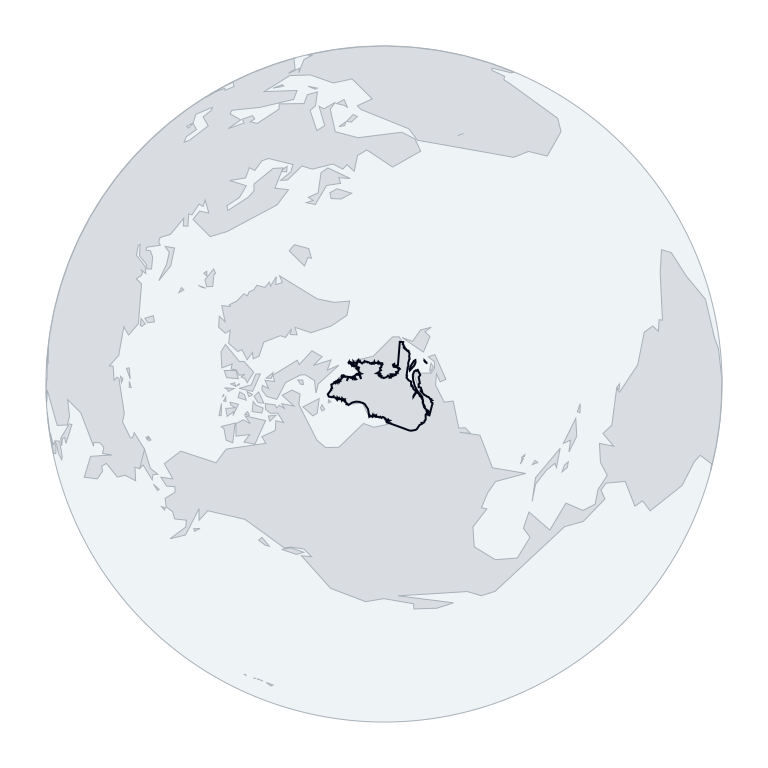 globe centered on Québec, rotated 282°
{"feature_id": "CAN-683", "entity_name": "Québec", "entity_type": "Province", "adm_level": 1, "iso_a3": "CAN", "parent_name": "Canada", "parent_adm1": "", "projection": "orthographic", "projection_center": [-69.443, 53.796], "detail": "fine", "context": "on_globe", "style": "outline", "palette": "ink", "viewbox_px": 768, "rotation_deg": 282, "n_neighbors": 0, "source": "natural_earth", "source_scale": "10m", "svg_char_len": 16198}
<svg xmlns="http://www.w3.org/2000/svg" viewBox="0 0 768 768"><g transform="rotate(282 384 384)"><circle cx="384" cy="384" r="338" fill="#eef3f6" stroke="#a8b0b8"/><path d="M366.6,721.5L374.1,721.0L380.0,708.1L372.6,703.7L346.6,696.6L315.3,670.7L323.5,661.2L316.7,654.8L338.9,640.2L333.2,621.8L325.4,618.2L317.5,624.0L291.0,607.5L282.1,590.4L204.3,535.8L197.1,523.1L198.3,508.6L179.7,441.7L184.4,497.5L175.7,482.4L170.2,460.0L175.2,458.7L174.0,428.5L167.3,411.3L173.0,374.3L198.9,338.9L199.9,349.1L206.0,340.0L205.1,326.9L203.0,320.5L222.7,276.2L223.4,238.0L212.3,231.4L223.6,229.0L195.0,221.2L188.2,206.9L202.9,219.9L209.7,219.0L208.5,207.3L215.2,203.8L218.5,196.5L226.7,193.7L234.7,202.2L240.1,200.7L238.9,192.6L246.4,185.2L247.3,197.2L260.4,185.7L276.1,199.2L272.0,236.1L287.5,243.2L301.4,280.7L307.1,275.5L315.9,287.3L325.6,285.9L325.4,293.9L333.4,286.0L331.7,279.1L334.6,273.4L340.2,272.1L341.0,281.8L338.3,283.9L341.4,286.1L339.3,291.7L343.5,288.2L343.7,300.6L351.8,286.7L358.9,295.2L356.8,303.9L346.2,305.0L315.1,330.0L309.7,340.2L312.7,353.0L341.1,372.1L339.6,383.1L345.5,396.4L351.3,389.2L348.8,376.3L361.0,366.7L356.4,352.7L360.7,347.0L360.4,332.5L372.0,332.8L383.6,341.3L384.5,353.6L389.6,357.9L398.2,345.0L408.9,367.7L431.8,382.5L433.3,388.9L419.3,402.6L395.5,404.8L377.3,425.0L400.9,410.4L404.3,427.7L409.8,430.2L416.4,428.7L419.7,421.7L423.4,427.6L401.4,443.6L397.8,438.5L404.8,433.2L393.6,434.7L378.8,446.7L381.7,455.2L356.4,466.3L358.1,472.7L353.6,479.0L352.5,467.9L353.9,488.5L324.6,507.5L326.0,541.2L311.8,513.4L299.0,508.0L283.3,505.0L283.2,510.6L262.7,500.7L243.5,506.1L235.3,529.4L241.5,550.6L264.4,558.7L271.8,550.4L288.9,552.4L275.6,576.6L305.3,586.7L301.7,604.8L310.3,615.5L325.4,615.3L341.0,621.4L352.4,612.0L370.7,607.1L370.9,621.6L381.1,608.5L391.2,615.4L427.7,612.5L424.9,616.1L455.6,628.2L488.8,627.8L496.6,634.9L492.6,641.4L504.1,639.7L504.3,643.1L550.0,631.1L573.1,627.5L572.2,637.7L552.4,657.3L533.6,680.9L497.8,697.7L488.1,703.8L459.2,713.4L437.6,717.5L440.8,717.1L416.2,720.4L391.4,721.8L366.6,721.5ZM65.0,336.2L67.6,330.8L66.5,338.1L65.0,336.2ZM68.9,325.0L68.1,327.4L68.7,324.9L68.9,325.0ZM69.2,321.5L69.0,324.0L68.9,321.6L69.2,321.5ZM69.3,317.3L69.4,319.4L69.2,319.3L69.3,317.3ZM323.8,551.7L357.8,569.7L338.1,570.0L341.9,567.7L333.4,560.7L317.3,553.0L300.0,553.3L323.8,551.7ZM70.4,309.5L70.8,307.4L71.2,308.9L70.4,309.5ZM340.0,535.9L334.0,534.1L339.9,534.6L340.0,535.9ZM201.0,318.4L204.4,327.1L202.7,340.5L199.1,333.6L201.0,318.4ZM205.2,293.9L208.6,296.5L201.5,305.5L201.7,301.1L205.2,293.9ZM202.9,227.9L204.4,234.1L200.6,229.4L202.9,227.9ZM217.5,196.0L215.0,195.4L217.8,191.9L217.5,196.0ZM354.0,333.4L357.1,333.0L355.5,335.9L354.0,333.4ZM350.9,327.6L346.8,331.3L344.7,329.1L347.3,326.9L350.9,327.6ZM232.8,184.5L238.1,179.3L234.1,186.0L232.8,184.5ZM356.3,323.6L341.6,324.8L338.0,321.0L344.7,309.5L356.3,323.6ZM242.1,177.2L254.8,165.1L250.2,162.6L270.4,163.3L252.9,173.1L248.7,181.5L247.2,176.8L242.1,177.2ZM328.7,277.5L330.8,284.8L323.9,280.0L328.7,277.5ZM323.6,275.8L298.3,270.2L298.1,259.1L306.6,263.0L302.2,250.1L314.5,247.4L319.7,253.9L317.4,261.5L323.9,254.8L323.6,275.8ZM279.6,166.0L283.8,164.5L280.9,167.7L279.6,166.0ZM335.3,270.8L330.2,270.5L329.6,260.8L339.7,259.7L336.7,263.2L335.3,270.8ZM295.0,248.3L296.3,241.2L306.7,236.9L308.6,233.7L314.8,246.5L295.0,248.3ZM339.6,264.7L344.9,259.5L350.2,263.0L340.2,270.5L339.6,264.7ZM325.2,258.8L325.4,254.2L328.6,256.4L325.2,258.8ZM372.2,273.2L366.1,272.6L365.3,267.5L372.2,273.2ZM346.5,257.4L344.6,256.2L343.6,254.2L348.1,251.7L346.5,257.4ZM321.7,242.8L325.7,242.7L319.7,237.3L327.2,234.3L329.9,243.5L331.9,238.2L334.2,237.3L333.9,245.9L321.7,242.8ZM349.6,243.2L355.6,254.4L367.1,256.5L368.1,261.0L349.5,257.0L349.6,243.2ZM340.4,244.0L346.3,244.5L344.6,249.7L339.5,252.6L340.4,244.0ZM331.3,229.0L319.1,231.3L318.9,229.2L331.3,229.0ZM353.2,242.7L351.7,240.1L354.2,242.3L353.2,242.7ZM338.4,231.9L334.1,233.0L334.0,230.6L338.4,231.9ZM352.2,234.1L354.1,237.6L350.8,239.6L352.2,234.1ZM346.2,232.3L347.1,228.8L348.4,238.2L344.3,233.1L346.2,232.3ZM339.1,229.6L337.6,228.5L340.9,229.5L339.1,229.6ZM364.0,224.9L366.4,236.3L358.9,240.5L357.5,228.8L364.0,224.9ZM307.6,54.8L308.1,54.9L319.0,52.8L317.6,53.6L336.1,50.0L334.9,51.1L349.9,48.3L345.0,48.5L329.1,50.7L337.8,49.2L362.6,46.8L387.5,46.1L412.4,47.3L437.1,50.3L461.6,55.1L485.6,61.7L509.1,70.1L531.9,80.1L553.8,91.9L574.9,105.2L594.9,120.0L613.8,136.2L627.6,150.0L627.5,150.5L634.3,158.0L640.2,166.7L638.2,167.4L643.8,175.5L647.9,173.6L641.3,165.2L629.5,152.4L632.4,154.9L630.9,153.3L646.5,171.2L660.7,190.1L673.6,209.9L685.1,230.6L683.8,228.2L673.3,231.6L669.3,227.0L668.9,226.8L668.3,226.6L675.2,235.5L670.8,236.0L684.7,238.2L690.4,245.1L689.8,240.2L700.1,264.6L708.5,289.7L714.9,315.3L719.2,341.4L721.5,367.8L721.8,394.2L719.9,420.6L716.0,446.8L714.8,443.4L715.5,424.1L713.3,424.2L710.0,438.0L706.5,438.0L703.7,445.4L680.0,498.7L667.7,504.7L640.9,496.3L641.5,476.9L632.7,463.7L629.4,366.0L638.8,355.2L647.7,304.4L650.6,300.0L660.4,313.2L675.8,289.4L667.9,271.8L671.0,247.6L666.1,227.8L645.1,206.0L653.0,237.9L643.6,236.5L628.7,205.0L620.2,178.5L616.2,177.2L612.6,189.0L601.4,178.5L610.2,192.9L613.5,190.3L619.1,199.5L616.5,202.5L612.6,198.5L612.6,205.9L630.9,224.1L636.2,223.4L641.7,247.5L651.0,248.9L655.8,258.1L641.9,259.2L636.2,254.8L617.9,265.6L624.4,272.3L642.1,262.8L640.6,267.9L649.5,277.9L641.6,274.3L620.6,283.9L619.5,307.4L634.0,349.2L630.0,363.4L619.4,371.5L598.0,347.3L609.4,318.6L602.0,310.6L585.9,310.6L590.8,302.2L585.6,299.0L588.6,288.4L579.2,269.1L580.2,258.4L563.5,247.2L561.7,240.5L572.1,248.8L579.8,249.3L580.6,224.1L576.9,218.2L566.0,213.2L567.6,207.3L556.9,205.8L550.9,190.8L549.3,208.1L536.4,203.8L525.7,193.3L521.2,195.2L538.6,212.5L545.8,216.7L552.5,215.2L571.8,230.7L574.4,240.3L552.9,236.6L554.2,250.2L537.0,242.2L500.6,198.9L492.0,183.4L505.3,163.0L514.8,167.7L514.8,177.1L526.8,170.8L520.1,170.1L521.4,165.6L509.5,161.0L509.8,157.6L497.7,159.4L496.8,154.8L504.5,153.7L486.0,144.0L480.7,134.5L476.3,134.1L473.2,136.3L468.4,123.3L465.4,123.5L465.8,127.8L460.1,131.3L448.2,132.7L447.2,128.1L451.4,127.0L458.6,118.2L469.9,116.4L468.3,114.8L458.3,115.2L449.4,125.9L442.5,128.1L445.4,122.2L443.8,124.5L440.0,124.2L435.4,119.8L431.6,126.0L391.8,131.2L378.8,123.9L385.9,117.6L357.0,118.6L344.6,111.6L345.1,115.4L331.5,119.2L335.1,121.4L334.3,123.6L301.1,136.1L292.6,136.1L278.7,147.0L278.9,149.2L284.5,149.8L270.4,163.3L250.2,162.6L250.8,157.7L237.7,161.2L240.9,149.8L237.5,142.5L248.6,129.0L244.9,124.9L240.2,126.8L231.6,123.2L230.5,110.2L252.2,112.0L258.1,132.8L257.5,123.2L263.8,123.1L267.4,118.4L266.5,112.2L262.6,112.9L292.8,93.4L302.9,77.8L287.1,83.1L278.0,82.8L275.6,72.9L308.1,55.9L296.3,57.9L296.1,57.7L299.5,56.8L307.6,54.8ZM642.3,404.4L645.2,409.2L645.2,409.3L642.3,404.4ZM619.0,158.7L608.8,143.9L599.8,143.0L595.1,137.5L593.8,139.5L599.2,143.1L594.0,147.7L584.6,139.1L578.9,138.2L582.1,143.2L600.0,158.4L607.7,151.5L615.8,158.2L619.0,158.7ZM428.8,612.2L433.2,614.4L427.4,615.2L428.8,612.2ZM335.1,576.4L342.4,577.5L346.2,580.4L340.5,580.7L335.1,576.4ZM397.1,578.9L405.6,580.0L396.7,581.7L397.1,578.9ZM363.2,571.8L390.3,578.7L373.0,583.4L356.0,579.0L367.8,578.1L363.2,571.8ZM336.1,545.9L340.6,547.7L339.1,550.8L336.1,545.9ZM344.3,536.4L342.5,536.5L340.3,533.6L344.3,536.4ZM405.5,426.7L407.4,425.7L414.1,425.7L410.9,428.8L405.5,426.7ZM444.4,408.4L449.4,418.4L443.6,413.2L440.0,419.1L423.4,415.9L433.2,392.0L431.7,403.2L444.4,408.4ZM404.0,405.9L413.4,410.1L402.7,406.5L404.0,405.9ZM554.4,293.7L559.8,291.3L565.2,297.5L563.9,312.7L556.1,303.7L554.4,293.7ZM566.2,286.5L545.3,279.5L545.2,270.3L548.8,276.5L550.9,271.1L557.2,279.8L577.6,278.5L583.7,284.1L578.0,308.2L576.5,297.0L571.3,299.9L566.2,286.5ZM491.9,283.3L482.9,281.7L494.5,263.6L501.6,267.3L500.8,282.3L491.9,286.8L491.9,283.3ZM371.0,303.7L366.7,305.3L366.5,302.5L370.0,298.8L371.0,303.7ZM369.4,273.4L389.2,294.2L385.4,297.0L401.5,306.7L397.8,317.8L387.4,311.0L396.6,327.2L385.7,325.6L393.1,336.0L370.4,319.7L361.0,319.3L372.9,315.4L376.7,305.0L375.5,300.5L365.0,287.5L346.7,282.3L347.5,271.7L352.9,265.7L357.4,265.3L355.5,272.1L362.9,266.8L363.6,276.5L369.4,273.4ZM416.1,208.8L411.9,215.6L427.0,209.0L427.8,217.6L429.5,216.3L434.3,222.6L443.1,228.2L441.9,232.2L445.8,232.7L449.1,237.1L454.1,239.2L453.7,247.3L459.8,250.7L456.1,252.7L466.7,256.4L458.6,257.4L462.1,263.5L468.1,259.4L453.4,300.9L453.5,318.5L458.0,333.1L443.5,333.5L429.9,320.5L419.0,301.9L420.9,285.2L414.0,288.8L412.9,282.0L418.8,282.0L409.0,278.0L409.7,272.5L399.9,257.7L385.3,256.0L381.4,250.8L387.5,248.8L379.3,245.1L388.0,237.9L385.4,234.2L391.5,223.6L404.7,222.4L400.7,218.3L405.1,210.5L416.1,208.8ZM366.0,222.0L381.6,217.9L389.7,220.7L375.9,237.9L377.0,242.3L368.4,254.1L356.9,249.9L360.4,246.8L361.2,242.9L364.5,245.8L362.4,240.6L367.1,236.4L366.8,231.3L372.0,231.3L366.0,222.0ZM647.2,290.6L648.3,286.5L648.4,279.3L654.0,285.8L647.2,290.6ZM633.3,297.4L633.2,292.9L641.2,297.8L640.1,302.3L633.3,297.4ZM626.4,286.5L632.6,292.2L628.6,291.8L626.4,286.5ZM571.3,244.7L570.5,240.0L573.1,240.4L576.7,244.0L571.3,244.7ZM461.0,193.4L457.3,196.3L455.4,194.9L443.8,196.2L442.3,190.3L448.7,187.2L461.0,193.4ZM650.3,213.9L655.7,222.4L654.7,224.0L653.1,220.7L650.3,213.9ZM658.0,255.4L659.5,247.7L659.5,257.2L658.0,255.4ZM457.4,187.2L452.8,188.3L454.9,184.7L457.4,187.2ZM440.6,186.1L441.9,181.8L440.7,189.8L440.6,186.1ZM438.2,142.2L456.1,146.5L468.0,146.6L473.1,141.4L473.5,150.9L455.2,150.8L438.2,142.2ZM397.6,132.8L393.2,138.0L390.0,135.1L390.5,133.5L397.6,132.8ZM398.6,136.4L402.8,144.1L397.0,146.6L394.8,140.0L398.6,136.4ZM430.8,164.4L436.2,165.9L434.4,168.7L430.8,164.4ZM276.8,63.5L269.9,65.9L270.2,65.8L276.8,63.5ZM286.3,60.5L280.6,62.4L267.2,67.1L265.5,68.4L255.8,72.9L258.3,73.6L254.1,76.3L247.8,77.4L247.1,75.4L268.5,66.5L279.4,62.7L286.3,60.5ZM259.9,73.8L260.7,78.5L246.3,84.3L242.9,84.5L248.6,79.8L255.8,77.0L259.9,73.8ZM256.6,81.5L263.7,79.1L279.6,84.5L279.4,87.2L259.7,85.2L265.2,82.9L263.9,80.9L256.6,81.5ZM282.4,162.3L283.7,164.3L280.1,164.0L282.4,162.3ZM336.7,124.7L334.9,127.6L330.8,126.9L336.7,124.7ZM327.8,135.5L333.7,134.3L327.9,137.5L327.8,135.5ZM346.8,131.4L336.2,134.7L345.8,128.8L346.8,131.4Z" fill="#d9dde1" stroke="#a8b0b8" stroke-width="1"/><path d="M346.7,398.2L347.3,399.5L346.8,398.0L347.1,394.6L348.3,394.2L348.1,394.9L349.0,395.4L349.0,396.8L349.4,397.2L349.4,395.8L350.2,395.4L349.1,393.6L349.9,393.3L349.8,392.6L351.0,391.8L351.3,391.0L351.8,391.1L351.3,390.9L351.5,389.7L350.7,389.0L351.0,388.9L350.6,387.9L351.2,387.2L350.3,386.3L350.8,384.9L350.2,383.4L350.9,383.1L350.3,382.2L350.7,381.5L351.2,381.7L350.5,380.7L351.1,380.5L350.1,379.9L351.0,379.5L349.9,379.3L350.3,378.9L349.7,378.5L349.4,377.0L349.7,376.9L349.0,376.4L356.1,373.6L360.2,369.5L361.0,367.4L361.4,363.3L360.8,359.9L359.1,356.6L356.1,353.7L356.5,353.3L356.4,351.8L357.1,352.1L357.9,350.5L359.4,349.6L358.7,349.4L359.3,348.7L359.3,347.7L359.9,347.9L360.2,348.6L360.6,348.7L360.0,347.6L360.8,347.4L360.5,346.6L361.3,345.9L360.0,345.7L360.7,345.4L359.9,343.7L361.0,343.0L359.8,342.3L360.9,341.2L358.9,341.3L360.6,339.1L360.6,337.6L361.5,337.2L360.2,336.0L360.2,332.6L362.3,331.1L367.2,333.5L366.3,334.0L367.9,333.3L369.9,334.6L369.4,334.0L372.5,332.6L374.3,334.8L375.2,334.9L375.2,335.7L374.7,336.5L375.2,336.7L375.2,335.9L376.3,336.3L376.5,336.8L376.2,337.1L376.9,337.5L376.6,337.9L376.2,337.9L376.0,338.1L376.9,338.0L377.0,337.3L378.0,337.9L377.1,339.0L378.0,339.1L377.3,339.4L377.7,339.6L377.5,339.8L377.9,340.6L378.2,340.2L380.9,341.5L382.0,341.1L382.0,342.3L382.6,342.7L383.4,342.3L383.4,341.2L383.7,341.2L384.2,342.8L383.2,343.5L383.4,344.2L382.9,344.4L383.5,346.2L383.5,347.0L382.9,347.1L382.9,347.5L379.3,347.0L383.1,347.7L383.6,348.3L383.4,349.2L383.8,349.5L383.1,350.3L383.4,351.1L383.1,351.5L384.1,351.2L384.6,351.9L383.7,352.4L384.3,352.8L383.8,352.9L384.0,354.0L383.3,354.6L382.7,353.0L382.9,354.4L381.5,354.7L382.5,354.6L382.9,355.7L384.2,354.1L386.0,353.8L387.2,354.4L387.4,355.7L387.9,356.0L387.4,358.5L385.5,359.5L384.2,360.6L387.2,359.0L387.5,358.5L387.9,356.3L388.4,355.8L388.9,357.4L388.1,358.7L388.9,357.8L389.3,356.4L389.6,357.8L389.3,359.4L389.4,359.6L389.8,357.8L391.7,356.2L392.7,356.1L392.7,355.1L393.3,354.0L394.7,355.3L394.5,357.0L395.1,355.5L394.2,354.4L395.1,353.9L394.5,353.6L396.5,352.7L395.3,352.1L395.2,351.5L395.9,351.5L395.7,350.8L396.3,351.3L395.6,350.1L397.4,350.7L396.1,350.0L395.6,348.7L396.2,348.0L396.9,348.4L397.2,348.4L396.5,347.8L397.4,345.9L397.1,345.5L397.4,344.9L398.3,345.2L397.4,345.5L398.2,346.3L397.4,346.8L398.1,347.5L397.5,349.4L398.2,350.2L399.2,349.8L398.8,350.3L398.8,351.7L399.6,352.7L398.2,352.5L397.9,353.3L399.6,353.5L400.2,354.2L401.3,353.4L402.2,354.0L400.5,354.7L400.5,355.4L401.3,355.8L400.3,356.6L399.6,358.2L400.3,358.4L400.9,359.9L402.4,360.2L401.9,361.1L402.2,362.1L401.8,362.9L402.2,363.0L401.9,365.1L401.2,366.2L402.1,367.7L401.2,367.9L401.5,368.8L402.2,369.0L401.9,369.9L403.7,370.0L402.5,370.8L403.2,372.4L402.9,373.4L404.4,373.7L403.4,374.5L404.2,374.6L403.7,375.4L403.8,376.7L403.0,376.5L402.8,377.5L403.5,378.2L402.9,378.5L401.2,377.5L399.9,377.9L398.7,376.7L396.8,378.2L396.2,377.1L394.8,376.7L393.0,374.7L393.2,377.1L393.6,377.9L393.3,378.3L390.8,376.4L392.0,378.6L391.5,379.8L390.6,379.2L390.6,379.8L389.8,380.2L390.2,381.6L389.7,382.5L391.4,385.2L393.0,386.1L392.6,386.5L392.7,388.1L391.3,388.0L391.6,389.4L392.5,389.3L393.2,390.5L394.0,388.9L394.9,388.4L395.3,390.7L394.9,390.5L395.1,392.2L394.7,392.4L395.1,393.5L395.5,393.4L395.4,392.5L396.5,393.9L397.7,393.6L397.7,394.3L398.3,393.6L399.0,395.2L401.0,395.4L402.0,396.4L402.8,395.4L402.4,394.1L403.1,393.1L402.8,389.9L404.7,388.7L405.7,389.8L403.9,390.2L403.2,391.1L404.5,391.9L405.0,393.4L404.4,393.4L404.7,393.8L428.5,390.7L429.0,394.1L426.9,394.1L425.8,395.3L423.7,395.8L423.8,396.6L422.5,397.6L422.7,399.0L422.3,398.3L421.3,399.8L421.4,400.5L419.0,402.8L416.5,402.8L413.1,404.2L413.6,403.6L409.3,403.3L406.7,404.1L405.2,403.7L397.1,404.3L396.7,404.9L395.2,404.6L394.9,405.0L395.4,405.2L394.6,405.1L392.8,407.2L391.9,410.1L389.3,410.5L388.1,411.8L387.9,411.9L388.1,411.5L388.0,411.1L387.8,411.1L387.1,412.7L385.5,413.6L383.1,417.2L380.4,415.9L378.0,415.3L377.6,415.4L382.8,417.4L382.1,419.4L380.8,421.1L379.8,421.4L378.8,423.4L377.9,423.8L376.3,425.4L374.1,425.6L369.5,428.2L369.4,428.8L368.8,429.0L367.7,430.8L366.2,431.2L365.3,432.2L363.6,431.7L365.3,433.0L364.5,433.2L363.7,433.7L363.1,433.1L363.6,431.6L362.6,431.1L357.8,432.2L356.4,431.3L355.5,431.5L354.3,430.8L353.8,428.9L352.9,429.4L351.3,427.3L346.5,425.4L345.5,424.1L344.1,420.7L343.8,418.5L346.7,398.2ZM375.4,435.5L362.1,434.9L367.1,432.7L367.5,431.1L368.8,429.1L370.6,428.5L372.9,426.5L374.2,425.8L374.8,426.0L376.5,425.4L377.1,424.8L377.8,424.7L379.6,423.9L384.0,418.2L388.8,414.3L394.9,411.3L398.9,410.3L402.6,410.9L404.5,412.8L402.9,412.3L404.5,413.6L404.1,414.1L404.5,414.3L400.4,417.6L397.9,416.5L392.2,418.9L391.2,418.0L388.2,418.5L388.1,420.8L385.5,422.3L385.6,421.5L384.8,421.3L381.7,425.7L381.4,427.4L380.6,428.6L380.6,430.3L378.9,432.3L379.0,433.2L378.3,433.1L378.0,434.2L377.6,433.6L376.2,433.9L375.4,435.5ZM408.4,409.8L402.7,406.5L404.1,405.9L408.0,406.6L413.0,408.6L413.9,409.7L411.7,410.4L408.4,409.8ZM367.3,431.1L366.9,432.6L365.3,432.5L366.5,431.9L367.3,431.1ZM385.0,352.6L384.7,353.6L384.2,353.6L384.5,352.9L384.3,352.5L385.0,352.6ZM414.8,419.1L414.6,419.5L414.2,419.9L414.5,419.8L414.8,419.1L415.1,419.0L413.8,420.8L414.5,420.9L413.7,421.1L413.9,420.0L415.2,418.6L415.9,418.4L414.8,419.1ZM378.2,423.8L378.2,424.3L377.2,424.6L378.2,423.8ZM365.8,431.9L366.3,431.3L367.0,431.1L366.4,431.9L365.8,431.9ZM389.6,356.8L389.9,357.4L389.6,357.4L389.6,356.8ZM364.6,433.2L365.5,433.1L364.4,433.4L364.6,433.2ZM424.1,396.5L424.5,396.3L423.8,396.9L424.1,396.5ZM424.5,395.8L424.3,396.1L423.9,396.0L424.2,395.7L424.5,395.8ZM382.6,341.5L382.5,342.0L382.4,342.0L382.4,341.6L382.6,341.5ZM385.2,353.3L385.4,353.4L385.0,353.6L385.2,353.3ZM421.7,400.5L421.5,399.9L421.8,400.3L421.7,400.5ZM376.5,336.3L376.9,336.4L377.0,336.5L376.5,336.3ZM365.5,432.7L365.7,432.9L365.2,432.7L365.5,432.7ZM380.1,421.6L380.5,421.5L380.0,421.8L380.1,421.6ZM377.9,339.8L378.2,339.6L378.2,339.8L377.9,339.8ZM424.6,395.9L424.7,396.1L424.6,395.9ZM375.7,335.4L375.9,335.4L376.0,335.5L375.7,335.4Z" fill="none" stroke="#020617" stroke-width="2"/></g></svg>